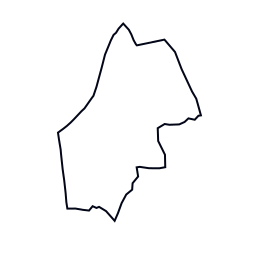 Al-Manathera, An-Najaf, Iraq (Albers equal-area conic projection), rotated 200°
{"feature_id": "34846034B93641163495115", "entity_name": "Al-Manathera", "entity_type": "district", "adm_level": 2, "iso_a3": "IRQ", "parent_name": "Iraq", "parent_adm1": "An-Najaf", "projection": "albers", "projection_center": [44.473, 31.772], "detail": "fine", "context": "isolated", "style": "outline", "palette": "ink", "viewbox_px": 256, "rotation_deg": 200, "n_neighbors": 0, "source": "geoboundaries", "source_scale": "gbopen_adm2", "svg_char_len": 1045}
<svg xmlns="http://www.w3.org/2000/svg" viewBox="0 0 256 256"><g transform="rotate(200 128 128)"><path d="M171.7,214.0L171.7,213.6L173.4,210.6L174.1,204.3L174.3,198.9L174.7,189.1L173.4,176.0L171.7,155.8L171.5,147.3L171.5,146.3L172.2,144.1L173.2,140.4L175.6,131.5L177.4,128.0L181.6,118.2L183.7,113.6L186.1,109.1L188.7,104.9L189.6,103.6L192.2,99.7L189.2,94.1L183.8,84.5L182.2,81.0L175.3,66.9L170.0,56.9L164.4,45.6L160.5,37.1L157.4,31.5L149.9,34.3L144.0,35.4L142.7,35.6L136.4,37.1L134.5,42.4L130.3,42.1L128.2,44.0L120.2,42.4L108.8,36.2L108.3,44.6L108.3,55.2L106.9,64.9L103.0,71.5L104.8,77.7L101.9,85.9L106.4,94.0L103.7,95.5L94.5,97.4L84.9,100.8L79.6,103.9L84.1,115.5L86.7,118.0L95.2,126.1L100.0,138.0L94.9,144.3L90.2,145.2L81.1,148.9L76.9,153.0L74.5,157.7L68.1,158.6L66.0,163.6L63.8,164.8L70.7,174.5L73.9,178.9L80.3,184.2L97.8,201.7L109.8,215.5L123.6,223.3L124.0,223.5L147.9,208.7L149.1,209.3L152.7,212.4L156.9,217.1L160.8,220.6L164.0,222.3L168.2,224.5L168.6,223.6L170.8,218.2L171.7,214.0Z" fill="none" stroke="#020617" stroke-width="2"/></g></svg>